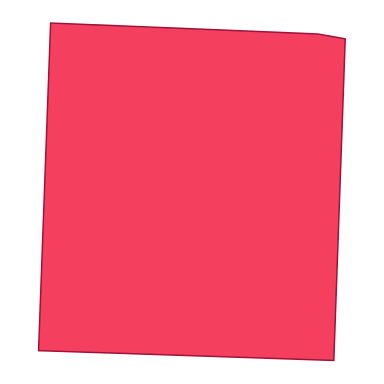 the district of Kent, Texas, United States of America, rotated 182°
{"feature_id": "52423323B63007180209639", "entity_name": "Kent", "entity_type": "district", "adm_level": 2, "iso_a3": "USA", "parent_name": "United States of America", "parent_adm1": "Texas", "projection": "equal_earth", "projection_center": [-100.828, 33.18], "detail": "fine", "context": "isolated", "style": "filled", "palette": "rose", "viewbox_px": 384, "rotation_deg": 182, "n_neighbors": 0, "source": "geoboundaries", "source_scale": "gbopen_adm2", "svg_char_len": 248}
<svg xmlns="http://www.w3.org/2000/svg" viewBox="0 0 384 384"><g transform="rotate(182 192 192)"><path d="M44.4,28.6L44.2,350.4L71.7,354.3L261.6,355.5L339.2,355.9L339.8,28.1L44.4,28.6Z" fill="#f43f5e" stroke="#9f1239" stroke-width="1.5"/></g></svg>